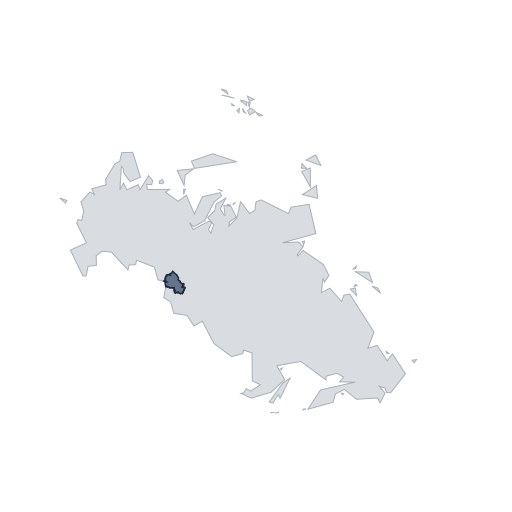 location of Novosibirsk within Russia, rotated 38°
{"feature_id": "RUS-2403", "entity_name": "Novosibirsk", "entity_type": "Region", "adm_level": 1, "iso_a3": "RUS", "parent_name": "Russia", "parent_adm1": "", "projection": "mercator", "projection_center": [80.57, 55.289], "detail": "fine", "context": "in_parent", "style": "filled", "palette": "slate", "viewbox_px": 512, "rotation_deg": 38, "n_neighbors": 0, "source": "natural_earth", "source_scale": "10m", "svg_char_len": 7544}
<svg xmlns="http://www.w3.org/2000/svg" viewBox="0 0 512 512"><g transform="rotate(38 256 256)"><path d="M339.8,370.9L328.7,373.5L330.7,371.4L330.0,366.6L335.1,365.6L338.7,354.8L330.0,356.7L312.5,334.8L304.2,337.8L305.6,341.0L298.9,350.2L276.9,350.9L253.8,340.4L250.2,349.4L238.3,345.2L226.6,351.8L217.0,344.7L209.0,345.6L201.5,331.2L193.4,335.2L182.8,327.3L164.5,332.9L166.5,337.0L161.6,341.2L163.8,345.9L139.7,341.9L131.7,347.1L129.9,354.2L136.0,361.6L130.0,367.5L134.4,376.3L131.9,378.3L106.1,365.6L114.3,350.0L94.5,340.5L93.3,336.9L96.8,335.3L92.5,326.6L84.7,321.1L85.7,307.8L90.7,307.0L85.1,304.2L94.0,292.3L90.3,288.0L88.1,270.0L90.3,265.2L86.6,257.3L95.0,250.2L116.4,265.0L110.9,274.9L101.0,272.1L97.3,268.8L94.8,268.4L108.0,287.6L106.7,280.1L113.5,283.4L119.3,272.2L123.8,275.3L122.0,258.8L128.1,260.1L129.9,264.1L125.7,266.8L129.5,270.6L146.8,256.7L145.5,261.4L160.9,260.9L163.7,251.0L181.7,260.9L177.3,242.2L188.8,228.1L191.9,229.9L189.7,239.4L193.8,260.1L188.9,271.3L182.9,270.6L190.2,273.8L197.4,257.6L200.6,256.8L202.3,264.5L206.4,265.7L203.4,257.3L194.2,255.4L195.6,245.8L192.6,239.5L196.6,228.9L198.9,240.8L205.0,243.3L206.7,243.1L199.6,236.0L205.4,232.2L216.4,237.4L214.1,245.7L216.3,249.2L217.4,237.7L210.4,222.7L224.8,226.5L227.0,220.7L222.7,213.4L225.6,208.6L255.4,202.6L253.6,195.9L266.0,182.6L289.4,201.5L268.7,229.2L280.8,218.9L287.4,219.8L287.6,228.8L288.1,230.2L288.9,230.3L289.8,222.6L314.7,221.2L325.5,226.5L326.0,234.6L322.3,232.1L330.1,244.6L334.0,235.9L351.4,239.2L349.4,232.7L353.3,228.3L395.8,243.3L400.9,259.7L406.5,251.9L423.9,257.8L423.8,249.1L446.3,256.8L446.3,280.7L442.8,283.2L438.9,280.6L433.4,282.8L442.1,284.6L444.2,295.4L439.3,293.0L423.4,307.0L407.8,306.7L403.5,315.7L406.8,323.7L391.2,344.8L389.3,321.8L411.7,294.5L399.3,303.7L399.6,297.5L391.9,298.6L385.3,307.6L387.4,310.6L356.2,311.5L340.0,329.6L354.7,335.8L351.7,354.2L339.8,370.9ZM182.8,193.6L153.5,224.9L146.7,221.0L158.9,202.1L182.8,193.6ZM358.0,331.4L362.6,353.4L358.8,351.4L359.9,361.4L356.3,362.9L355.3,339.8L358.0,331.4ZM141.2,237.0L153.1,225.8L150.4,235.8L155.9,244.7L141.2,237.0ZM344.2,207.1L354.9,199.3L364.1,205.2L344.2,207.1ZM244.6,153.3L256.3,168.1L240.0,161.3L244.6,153.3ZM240.7,139.7L251.4,144.7L236.4,149.6L240.7,139.7ZM260.2,163.2L269.1,172.6L254.8,179.1L260.2,163.2ZM366.0,208.3L371.4,206.3L377.1,208.7L366.0,208.3ZM65.7,331.1L72.7,328.7L73.2,331.6L65.7,331.1ZM135.6,147.4L141.8,144.9L129.8,150.4L135.6,147.4ZM354.0,220.2L359.7,225.4L350.7,223.9L354.0,220.2ZM138.4,255.4L135.2,258.4L133.7,256.4L135.3,253.3L138.4,255.4ZM147.5,143.0L153.2,140.2L156.1,143.3L147.5,143.0ZM166.7,142.7L164.0,148.8L159.8,146.5L160.9,142.7L166.7,142.7ZM172.3,143.9L167.5,142.9L174.4,141.2L172.3,143.9ZM159.3,246.7L160.9,251.9L157.9,248.0L159.3,246.7ZM241.8,155.9L237.8,158.8L235.3,154.8L241.8,155.9ZM150.8,135.4L158.1,133.7L155.5,138.1L150.8,135.4ZM446.3,242.8L443.2,242.0L446.3,238.8L446.3,242.8ZM130.2,143.9L134.7,145.7L125.7,146.0L130.2,143.9ZM189.1,226.0L185.1,226.7L189.1,225.6L189.1,226.0ZM285.1,214.2L286.8,218.2L283.8,216.0L285.1,214.2ZM421.2,250.9L418.7,252.2L417.4,251.0L421.2,250.9ZM157.7,150.2L154.4,148.0L159.8,149.8L157.7,150.2ZM156.9,138.4L159.0,142.7L154.9,139.9L156.9,138.4ZM370.2,364.7L369.6,366.1L367.8,368.0L370.2,364.7ZM152.1,149.9L154.4,153.6L151.4,153.2L152.1,149.9ZM205.1,231.5L202.2,233.1L201.6,232.8L205.1,231.5ZM409.8,312.0L407.8,311.4L409.7,310.5L409.8,312.0ZM353.6,216.8L352.4,219.7L351.6,217.5L353.6,216.8ZM345.7,328.1L346.0,330.3L344.8,329.8L345.7,328.1ZM389.6,345.6L387.9,348.3L387.5,347.5L389.6,345.6ZM146.9,150.9L144.1,152.1L143.1,150.9L146.9,150.9ZM207.0,226.6L206.3,229.4L205.8,228.6L207.0,226.6ZM342.3,204.5L340.6,206.5L341.2,202.2L342.3,204.5ZM364.4,369.8L367.0,367.9L364.3,370.2L364.4,369.8Z" fill="#d9dde1" stroke="#a8b0b8" stroke-width="1"/><path d="M201.1,332.5L201.3,332.2L201.5,331.8L201.5,331.7L201.4,331.6L201.3,331.4L201.6,331.3L201.7,331.2L201.4,331.2L201.1,331.2L201.1,331.3L201.0,331.5L200.8,331.6L200.6,331.7L200.1,331.6L199.9,331.8L199.9,332.0L198.8,332.6L198.8,330.9L199.0,330.8L199.1,330.6L199.0,330.3L199.0,330.2L198.9,330.2L198.7,329.9L198.7,329.7L198.3,329.6L198.4,329.4L198.0,329.3L197.9,329.3L197.9,329.2L198.0,328.9L198.0,328.6L197.9,328.6L197.7,328.4L197.8,328.1L197.8,327.9L197.7,327.8L197.6,327.7L197.4,327.3L197.5,327.2L197.9,326.8L197.9,326.7L197.6,326.6L197.5,326.4L197.7,326.2L197.5,325.9L197.3,325.8L197.4,325.7L197.6,325.8L198.0,325.7L197.9,325.5L197.8,325.4L197.9,325.2L198.3,324.7L198.8,324.4L198.9,324.1L199.4,324.2L199.5,324.0L199.9,324.0L200.1,324.0L200.3,323.9L200.2,323.8L200.2,323.7L199.8,323.4L199.7,323.0L199.8,322.9L199.6,322.7L199.5,322.8L199.4,322.7L199.3,322.8L199.2,322.8L199.2,322.6L199.3,322.5L199.5,322.4L199.6,322.1L199.9,322.0L199.9,321.9L200.2,321.6L200.1,321.0L200.1,320.8L200.0,320.7L199.9,320.3L199.8,319.5L199.8,319.3L201.4,319.5L201.7,319.6L205.3,319.7L205.3,319.9L208.0,320.7L209.6,322.8L211.7,322.5L211.9,322.6L212.4,323.1L212.6,323.6L213.6,323.3L213.8,323.3L214.1,323.3L214.4,323.2L214.6,323.2L214.8,323.1L215.1,323.0L215.4,322.9L215.6,323.0L215.7,322.9L215.7,322.6L215.8,322.5L216.1,322.6L216.3,322.4L216.7,322.8L216.7,323.0L216.6,323.3L216.5,323.5L216.3,323.7L216.4,323.8L216.5,323.7L216.6,323.8L216.4,324.0L216.5,324.0L216.4,324.1L216.6,324.3L216.7,324.2L216.8,324.3L216.7,324.5L216.9,324.8L217.0,324.9L216.9,324.9L217.1,325.2L217.0,325.3L216.8,325.4L216.8,325.7L216.7,325.8L216.8,326.0L216.9,325.9L217.1,325.9L217.1,326.0L217.3,326.0L217.5,326.0L217.7,325.9L217.7,325.7L217.8,325.6L217.9,325.4L218.0,325.2L218.3,325.1L218.3,324.9L218.4,324.7L219.0,324.5L219.3,324.8L219.5,324.5L219.8,324.6L219.8,324.8L219.7,324.9L219.7,325.0L219.7,325.3L219.8,325.3L219.9,325.5L220.0,325.6L220.0,325.8L219.8,325.9L219.9,326.0L220.0,326.1L220.2,326.3L220.3,326.7L220.3,326.8L220.2,326.8L220.3,327.0L220.0,327.2L220.1,327.3L220.3,327.2L220.4,327.3L220.5,327.3L220.6,327.7L220.4,327.9L220.5,328.0L220.6,328.7L220.6,328.9L220.6,329.0L220.8,329.1L220.9,329.4L221.0,329.4L221.1,329.5L220.9,329.7L220.9,329.9L220.8,330.0L220.7,330.0L220.8,330.1L221.0,330.3L220.9,330.4L220.7,330.6L221.1,331.1L220.1,331.6L219.9,332.0L219.8,332.3L219.6,332.4L219.4,332.3L219.2,332.3L219.2,332.2L218.9,332.2L218.6,332.4L218.4,332.5L218.3,332.4L218.2,332.5L217.9,332.5L217.7,332.5L217.3,332.7L217.3,333.0L217.2,333.2L217.1,333.3L217.0,333.2L216.8,332.7L216.7,332.8L216.6,332.7L216.3,333.0L216.2,333.1L215.5,333.9L215.6,334.0L215.3,334.2L215.3,334.3L215.3,334.5L215.0,334.8L215.2,335.0L214.9,335.1L214.5,334.8L214.3,334.6L214.2,334.6L214.3,334.4L214.2,334.2L214.1,334.3L213.8,334.2L213.7,334.1L213.4,334.2L213.2,333.9L213.1,333.7L213.4,333.4L213.4,333.1L213.2,333.1L212.8,333.2L212.7,333.3L212.7,333.2L212.8,332.9L212.6,332.9L212.5,332.7L212.4,332.7L212.2,332.7L211.9,332.6L211.7,332.4L211.6,332.2L211.4,331.9L211.3,331.5L211.2,331.4L210.9,331.6L211.0,331.9L211.0,332.0L210.9,331.9L210.5,332.2L210.4,332.2L210.3,332.3L210.2,332.3L210.3,332.5L210.2,332.6L209.8,332.6L209.7,332.7L209.5,332.8L209.3,332.7L209.1,332.8L209.1,333.0L208.7,333.3L208.7,333.5L208.3,333.7L208.2,333.7L208.1,333.8L208.1,334.0L207.6,334.3L207.5,334.1L207.3,334.2L207.3,334.3L207.2,334.3L206.9,334.3L206.8,334.2L206.7,334.3L206.4,334.3L206.0,334.5L205.9,334.4L205.7,334.5L205.7,334.8L205.4,335.0L205.2,335.1L204.8,335.0L204.8,334.9L204.8,334.6L204.7,334.6L204.2,334.7L204.1,334.8L204.1,335.0L204.4,335.0L204.2,335.2L204.1,335.3L204.1,335.5L203.9,335.5L203.7,335.7L203.3,335.2L200.8,333.2L200.7,333.0L200.6,332.8L200.4,332.4L200.5,332.3L200.9,332.5L201.1,332.5Z" fill="#64748b" stroke="#1e293b" stroke-width="1.5"/></g></svg>